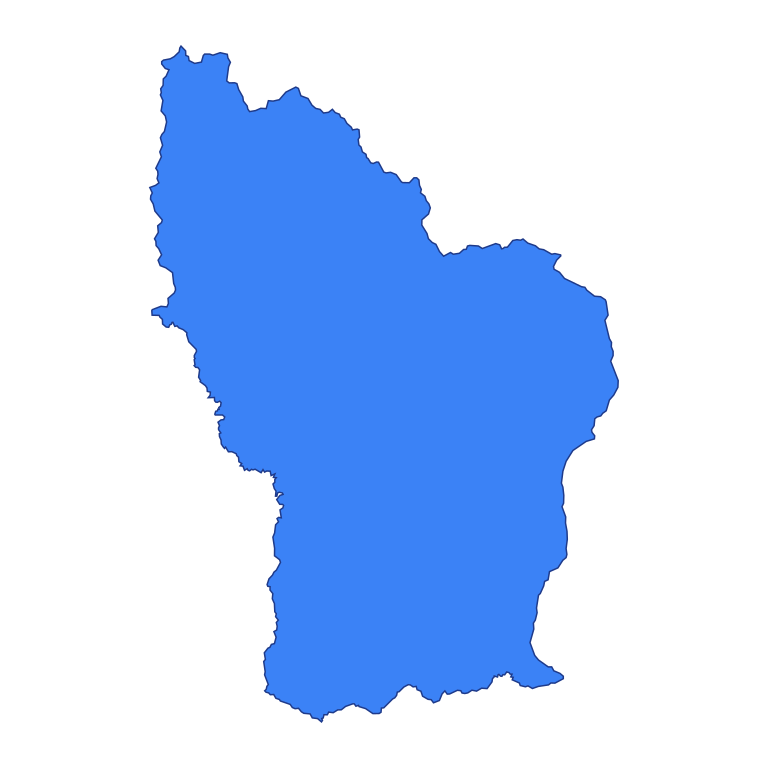 Pang Mapha, Mae Hong Son, Thailand
{"feature_id": "78962969B96104759744449", "entity_name": "Pang Mapha", "entity_type": "district", "adm_level": 2, "iso_a3": "THA", "parent_name": "Thailand", "parent_adm1": "Mae Hong Son", "projection": "robinson", "projection_center": [98.144, 19.592], "detail": "fine", "context": "isolated", "style": "filled", "palette": "blue", "viewbox_px": 768, "rotation_deg": 0, "n_neighbors": 0, "source": "geoboundaries", "source_scale": "gbopen_adm2", "svg_char_len": 6089}
<svg xmlns="http://www.w3.org/2000/svg" viewBox="0 0 768 768"><path d="M321.5,721.9L322.5,720.4L321.7,718.5L323.2,718.0L324.0,714.7L327.3,714.8L328.7,712.1L333.2,712.7L337.7,709.9L341.3,709.8L345.6,706.4L352.9,703.8L354.3,703.9L355.9,706.2L358.5,705.4L359.1,706.6L365.6,708.6L372.9,713.6L379.1,713.5L381.0,712.3L381.4,708.1L383.8,707.8L392.6,699.0L394.8,697.8L396.6,695.4L397.3,692.1L399.1,691.7L403.9,687.0L408.2,684.7L410.3,684.9L413.1,686.9L416.2,686.4L417.1,689.7L420.9,691.2L422.6,696.2L428.0,699.3L431.2,699.7L433.5,702.8L439.4,700.5L442.1,693.9L444.9,690.9L447.2,694.1L449.6,694.0L457.4,690.3L460.8,690.7L462.0,693.0L464.8,693.5L467.8,692.9L471.9,690.2L476.6,691.1L481.6,688.2L487.1,688.6L492.0,681.9L492.5,678.5L493.9,677.4L494.2,676.0L497.5,677.0L498.1,674.7L498.9,674.4L500.5,676.1L501.9,676.3L503.0,674.6L504.7,674.8L506.7,672.0L509.1,672.6L510.2,674.1L512.0,674.2L510.8,676.9L513.2,677.3L512.2,679.8L519.4,683.0L520.2,685.5L525.4,686.8L528.0,685.9L532.4,688.5L538.4,686.4L548.5,684.9L550.9,683.0L555.0,683.1L563.3,678.7L563.3,676.2L560.0,673.4L553.8,670.8L551.7,666.9L548.2,666.9L538.5,660.0L534.7,655.4L530.0,642.6L533.8,629.1L533.4,623.1L535.3,620.1L537.1,612.7L536.5,608.0L538.5,595.2L540.3,593.5L543.7,585.9L544.6,581.4L548.1,579.8L549.5,571.6L557.9,567.9L562.8,560.3L566.1,557.6L566.9,554.4L566.1,548.6L567.3,539.3L567.0,531.3L565.5,523.0L565.7,516.9L562.0,506.7L563.6,503.2L563.8,495.4L562.9,487.2L561.4,483.2L562.9,471.2L566.1,461.3L572.9,450.5L586.2,441.4L594.4,438.9L594.7,435.8L592.0,432.3L591.5,429.8L594.1,425.7L594.8,418.7L597.2,416.9L600.8,415.9L602.7,413.3L606.2,410.8L609.4,400.0L613.7,395.1L617.9,387.3L618.2,380.6L610.7,361.2L613.1,355.6L613.1,351.3L611.3,346.8L611.5,342.4L609.4,338.7L604.9,320.3L608.1,315.1L606.1,301.7L605.3,299.8L600.6,296.7L594.5,296.2L586.8,290.2L584.9,287.3L581.5,286.7L564.5,278.5L559.5,272.3L554.1,269.3L553.5,266.5L556.6,260.2L560.8,255.9L560.6,254.9L554.9,253.6L551.7,254.2L543.7,249.7L539.2,248.9L535.5,245.8L527.8,243.1L523.0,239.0L520.6,240.2L516.9,239.7L512.8,240.5L507.4,247.2L504.5,247.3L503.1,248.5L501.6,248.8L499.7,244.8L495.7,243.6L482.3,248.5L478.4,246.0L469.8,245.4L467.5,246.0L466.3,249.3L463.6,249.5L459.4,253.3L453.3,254.2L450.5,252.5L443.6,256.2L439.5,251.6L435.9,244.3L432.2,242.5L428.4,238.7L427.0,233.5L421.8,225.1L421.9,219.8L428.5,214.0L430.3,207.9L428.9,203.9L426.3,200.7L424.9,196.3L420.5,192.8L421.3,189.4L419.5,185.4L418.9,179.9L416.7,177.8L414.0,177.8L409.4,182.7L402.6,182.6L401.3,181.8L396.2,174.6L390.6,172.3L386.1,172.9L383.8,172.1L378.5,162.2L376.6,162.0L373.2,163.5L370.7,162.8L368.1,158.6L366.6,157.6L366.0,154.3L362.4,151.9L361.0,147.0L358.9,145.0L358.2,139.4L359.6,137.1L359.0,129.8L357.2,129.1L352.5,129.9L351.3,127.2L346.9,123.4L344.3,118.7L340.7,117.2L339.4,114.2L335.2,112.6L332.4,109.3L328.6,112.3L323.5,113.0L320.1,109.4L315.7,108.4L311.9,105.1L308.0,98.5L300.9,95.8L298.4,88.4L295.8,87.1L285.9,92.1L279.3,99.7L273.1,101.1L268.4,100.7L266.2,108.6L260.8,108.3L255.5,110.6L249.6,111.6L247.8,109.1L247.2,106.0L243.4,101.1L242.8,96.9L238.7,89.6L236.9,83.6L234.7,82.8L229.2,82.9L226.7,80.9L228.6,66.7L230.4,62.3L227.9,57.9L227.3,54.3L220.2,52.7L212.9,55.2L209.7,54.1L204.6,54.1L203.3,55.5L201.4,62.1L194.7,63.4L189.1,60.6L188.4,56.5L185.8,55.4L185.6,50.9L181.0,46.1L179.8,48.0L179.2,51.8L174.2,56.6L170.3,58.8L163.5,60.1L161.7,61.6L161.7,64.0L165.3,68.5L169.0,69.7L166.1,76.2L163.3,78.9L163.1,85.4L160.7,88.8L161.3,92.7L160.4,94.9L162.9,100.4L161.1,110.9L165.3,115.9L166.6,122.0L164.4,131.5L161.9,134.4L160.4,137.8L162.6,145.3L159.8,151.9L161.4,156.8L155.8,168.3L157.7,171.1L158.0,174.3L157.1,178.6L158.9,182.9L155.5,185.4L149.8,187.5L152.3,193.0L150.8,195.8L150.5,199.2L153.2,203.9L154.9,211.1L162.3,220.0L161.5,222.6L157.7,225.8L158.3,232.4L154.5,238.8L155.9,241.3L156.1,245.6L158.7,248.6L161.6,254.8L158.1,260.2L160.2,265.6L165.8,267.8L172.5,272.6L173.7,283.5L175.3,287.3L175.5,290.1L174.2,293.0L168.0,298.4L168.4,303.5L166.9,306.9L161.0,306.3L152.3,309.6L151.8,310.6L152.1,315.2L159.2,315.4L159.9,317.1L162.4,319.4L162.6,324.0L166.1,327.0L168.7,327.3L169.8,324.8L171.4,324.2L172.0,322.4L172.9,322.3L174.8,326.4L177.1,325.9L178.8,327.8L183.3,329.7L186.9,332.8L186.7,334.8L188.8,341.8L196.2,349.4L196.5,351.4L194.3,355.5L194.3,357.5L195.1,358.4L194.2,359.7L195.0,364.8L194.1,365.6L195.7,367.3L197.9,367.5L199.6,369.8L198.6,377.2L200.6,380.5L200.1,381.7L205.4,385.6L207.0,388.0L207.3,391.4L210.4,392.1L210.1,395.3L208.2,397.7L214.4,397.5L214.6,400.7L215.7,402.1L217.4,402.3L219.7,401.2L221.1,402.7L220.5,406.2L218.8,407.5L219.1,409.3L217.9,409.2L217.4,410.9L215.7,411.3L214.8,414.2L215.3,415.0L222.5,415.0L224.7,416.9L223.7,419.6L221.0,419.9L218.0,422.2L219.5,425.7L218.5,427.9L218.6,429.7L220.8,432.9L219.3,433.7L219.5,436.6L221.0,439.9L221.3,444.0L223.2,446.9L224.5,448.4L225.6,447.1L228.4,451.8L231.9,451.7L236.2,453.7L236.8,455.6L238.5,457.2L238.9,461.7L241.7,463.5L240.1,465.8L243.0,466.2L244.5,470.3L247.2,468.7L248.1,470.3L249.6,470.8L251.5,469.3L253.0,469.9L255.1,469.2L261.1,472.7L263.0,469.6L264.6,472.1L266.7,471.0L270.2,471.2L271.1,475.6L274.9,473.9L273.4,477.4L276.2,477.7L274.8,479.5L274.8,482.3L273.0,484.0L274.3,488.6L276.0,491.1L275.5,496.2L276.8,496.2L277.6,493.0L279.2,492.2L282.4,493.0L283.1,494.4L279.9,495.4L276.7,499.6L279.7,504.3L282.7,504.4L283.6,505.4L282.9,507.9L280.0,509.9L281.3,517.8L278.6,517.4L277.0,518.6L278.5,521.8L275.6,524.8L274.6,533.0L272.9,537.1L274.6,548.3L274.5,555.8L279.6,559.7L280.5,562.4L276.4,570.1L273.9,572.2L272.5,575.1L269.0,578.8L267.1,584.6L267.8,586.3L270.1,586.7L270.0,590.0L272.8,593.6L272.3,598.8L274.4,603.5L274.8,611.8L276.3,613.7L275.6,616.7L278.3,620.1L276.3,622.5L277.2,626.2L276.7,630.0L273.9,631.6L276.1,637.2L274.4,643.6L271.4,644.4L269.9,647.3L267.9,648.2L264.3,652.8L265.4,659.4L263.7,661.5L265.2,671.7L264.6,674.8L268.3,684.5L266.9,686.3L266.2,689.4L264.7,690.8L266.0,692.2L268.7,692.9L270.3,694.7L273.7,694.5L275.9,698.3L279.4,699.5L280.4,701.0L290.2,704.4L292.3,707.5L295.1,708.7L298.5,708.3L301.4,711.8L303.8,713.3L310.1,713.9L312.3,717.9L317.6,718.6L321.5,721.9Z" fill="#3b82f6" stroke="#1e3a8a" stroke-width="1.5"/></svg>